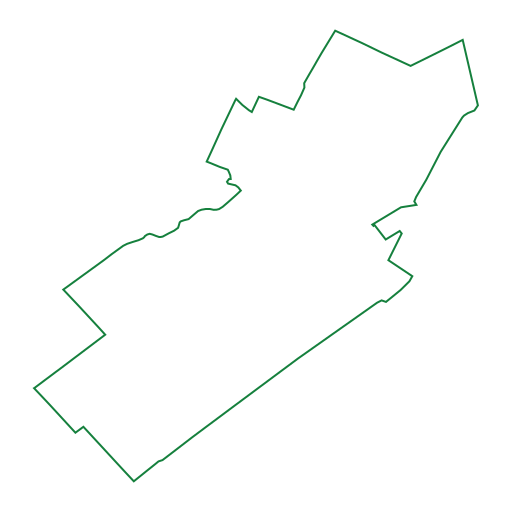 the district of Nanov, Teleorman, Romania
{"feature_id": "2599482B59820157920356", "entity_name": "Nanov", "entity_type": "district", "adm_level": 2, "iso_a3": "ROU", "parent_name": "Romania", "parent_adm1": "Teleorman", "projection": "robinson", "projection_center": [25.25, 43.959], "detail": "fine", "context": "isolated", "style": "outline", "palette": "green", "viewbox_px": 512, "rotation_deg": 0, "n_neighbors": 0, "source": "geoboundaries", "source_scale": "gbopen_adm2", "svg_char_len": 1694}
<svg xmlns="http://www.w3.org/2000/svg" viewBox="0 0 512 512"><path d="M462.7,39.9L461.5,40.5L460.1,41.2L456.2,43.2L445.7,48.5L442.5,50.1L430.0,56.3L410.6,65.9L381.5,52.5L361.9,43.0L335.2,30.7L321.6,53.0L316.6,61.6L315.2,64.1L313.3,67.4L309.2,74.4L306.8,78.6L304.8,82.1L304.2,83.2L304.3,85.4L304.4,87.6L301.0,95.3L297.7,101.6L293.7,109.7L267.4,99.8L258.9,96.8L251.8,112.0L248.9,110.2L246.3,108.1L242.5,105.1L236.1,98.8L235.2,100.4L221.4,129.3L211.9,150.3L206.7,161.6L210.5,163.1L219.7,166.9L227.8,169.7L228.9,172.0L230.3,175.4L230.7,179.0L228.9,179.1L227.0,181.8L228.1,183.6L235.5,185.3L238.3,187.4L240.8,190.6L235.8,195.3L227.7,202.5L222.7,206.8L219.0,209.1L216.5,209.7L213.6,209.8L209.9,209.0L205.8,209.0L201.6,209.7L198.1,211.0L194.1,214.4L188.6,219.1L183.9,220.3L180.7,221.4L179.7,222.4L178.9,225.2L178.1,227.8L174.1,230.7L169.0,233.2L162.7,236.6L160.6,237.0L159.1,237.0L155.9,235.9L152.4,234.5L149.7,233.8L147.3,234.5L144.9,236.1L144.2,237.2L142.9,238.3L138.5,240.2L132.6,242.0L127.2,243.8L123.2,245.8L111.6,254.2L104.2,259.9L63.3,289.6L78.8,306.0L99.5,328.4L105.2,334.7L57.8,370.5L56.4,371.5L45.3,379.8L35.2,387.4L34.8,387.8L34.1,388.2L35.5,389.7L37.5,391.8L44.1,398.8L50.3,405.4L75.4,432.7L83.4,426.8L124.0,470.8L133.8,481.3L146.1,471.4L155.6,463.8L158.5,461.4L162.5,460.1L187.0,441.3L191.8,437.6L206.1,426.9L229.3,409.6L298.0,358.5L377.1,302.7L381.6,300.4L386.0,301.9L400.6,290.0L409.4,281.3L412.3,276.2L388.4,260.2L401.7,233.5L399.7,231.0L385.7,239.5L374.5,225.0L373.5,225.9L372.3,224.6L401.0,207.3L416.4,204.9L414.3,201.4L416.1,197.0L426.3,179.7L440.7,151.8L462.3,117.5L464.0,115.6L467.9,113.1L474.4,110.5L477.9,105.4L462.7,39.9Z" fill="none" stroke="#15803d" stroke-width="2"/></svg>